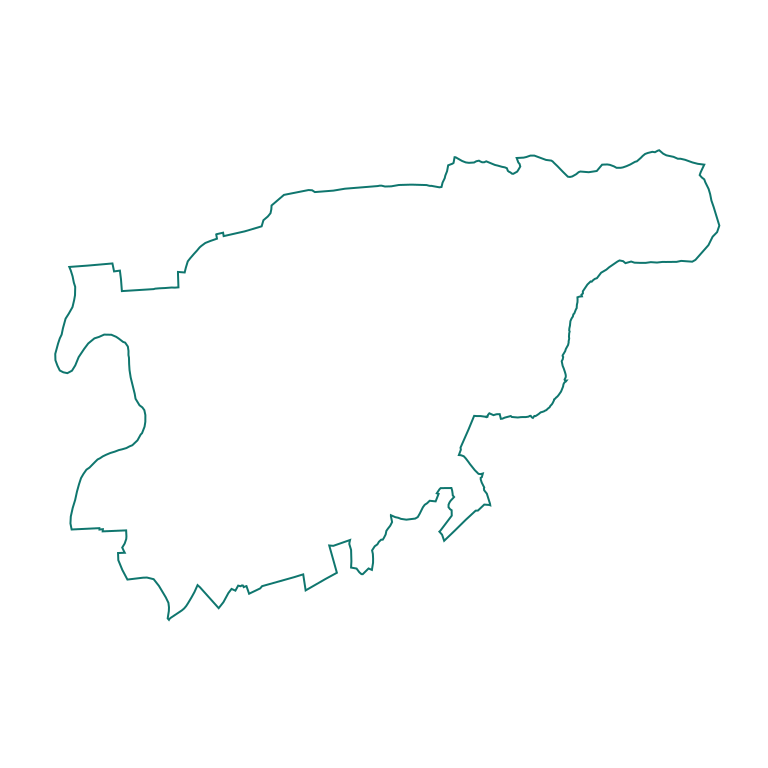 the district of Petru Rares, Bistrita-Nasaud, Romania, rotated 92°
{"feature_id": "2599482B85386243781565", "entity_name": "Petru Rares", "entity_type": "district", "adm_level": 2, "iso_a3": "ROU", "parent_name": "Romania", "parent_adm1": "Bistrita-Nasaud", "projection": "natural_earth1", "projection_center": [24.004, 47.209], "detail": "fine", "context": "isolated", "style": "outline", "palette": "teal", "viewbox_px": 768, "rotation_deg": 92, "n_neighbors": 0, "source": "geoboundaries", "source_scale": "gbopen_adm2", "svg_char_len": 6142}
<svg xmlns="http://www.w3.org/2000/svg" viewBox="0 0 768 768"><g transform="rotate(92 384 384)"><path d="M625.8,592.0L627.2,590.7L626.4,590.3L625.2,589.1L617.3,578.1L615.3,575.9L612.9,574.0L609.9,572.2L604.1,569.0L598.6,566.2L591.5,563.3L593.6,560.8L613.8,541.4L607.7,536.9L598.3,532.2L594.1,529.2L595.7,525.3L590.6,522.7L591.1,520.2L590.3,519.1L590.3,518.0L591.9,517.1L591.2,515.7L590.8,514.4L598.3,511.5L592.6,500.6L590.3,498.8L580.1,466.8L577.5,459.4L577.1,458.1L593.0,455.1L580.8,435.5L574.3,424.5L547.3,433.1L547.5,429.0L541.1,412.5L543.0,412.9L545.1,413.1L551.0,411.1L562.3,410.4L568.6,410.5L569.4,405.0L573.0,402.1L574.8,399.9L574.8,398.6L568.9,393.0L570.2,389.6L563.0,388.7L558.9,388.8L554.2,389.2L550.7,390.1L546.5,387.6L544.5,385.0L541.9,383.6L539.7,381.4L539.6,379.8L537.9,378.8L534.3,377.1L530.7,376.5L528.4,375.0L525.4,372.8L521.7,371.1L515.8,372.5L514.9,372.5L516.7,368.0L517.2,365.1L518.2,362.3L518.8,356.9L517.4,348.1L515.8,345.6L512.4,343.8L505.8,340.8L503.3,339.1L501.7,336.8L499.1,334.3L499.5,328.3L491.9,325.6L491.4,327.4L487.3,324.9L486.1,323.8L485.6,313.0L488.0,312.2L491.2,311.6L492.9,311.4L494.5,310.0L498.3,313.3L500.1,314.4L502.4,315.3L504.9,315.2L506.8,313.6L507.8,312.0L513.2,311.7L528.7,322.6L529.6,323.5L532.6,320.7L538.6,318.4L528.0,308.1L516.9,297.6L507.4,288.0L507.2,285.7L501.0,279.6L501.2,274.5L501.5,273.6L499.9,273.9L490.0,277.4L486.7,280.2L484.8,280.5L484.0,280.2L479.1,282.9L476.1,284.0L474.4,284.1L473.7,283.0L470.0,282.1L470.7,284.3L470.5,286.4L467.0,290.2L460.8,295.5L459.3,296.6L455.5,299.7L453.4,301.8L452.5,304.6L452.4,306.7L447.0,304.9L444.9,305.3L426.4,297.9L412.7,292.8L412.8,290.5L412.7,286.2L413.1,282.2L413.5,280.7L412.9,280.5L413.2,279.5L411.1,278.9L409.6,277.7L411.3,273.5L410.3,270.5L410.1,267.3L414.7,266.0L414.5,264.4L413.4,262.2L411.6,256.2L412.5,255.1L412.8,249.2L412.3,245.8L412.1,241.2L411.6,238.5L410.8,237.2L410.7,236.3L412.1,235.2L412.7,234.0L410.7,232.6L410.8,231.5L409.6,229.7L408.3,228.0L406.9,226.5L406.3,224.6L405.6,222.9L404.8,221.8L404.5,220.9L402.8,219.3L401.5,217.7L400.1,217.0L398.4,215.5L397.0,214.7L394.3,213.5L393.5,213.5L392.6,212.3L391.7,211.7L390.6,210.4L389.1,209.2L385.4,206.8L380.2,204.9L378.9,204.8L377.4,204.4L376.0,203.6L375.2,202.4L374.2,201.7L374.3,202.7L373.9,203.4L373.2,203.7L372.0,203.1L370.7,202.6L369.5,202.6L368.2,202.8L366.0,203.5L362.2,204.9L359.6,206.1L355.0,207.2L353.0,206.2L351.9,206.1L351.2,205.9L350.6,205.9L350.2,206.3L349.2,206.5L344.9,204.1L342.7,203.5L340.5,202.4L338.6,201.4L335.9,200.9L335.0,201.0L332.0,200.5L330.4,200.8L326.9,200.7L325.0,200.3L324.0,200.8L321.9,200.7L319.2,200.2L314.7,199.9L311.9,198.8L310.0,197.6L307.8,197.2L306.9,196.3L302.7,194.8L301.5,194.1L298.1,194.0L295.5,193.5L293.0,193.5L290.6,193.7L289.8,191.6L289.5,189.2L287.9,189.8L286.6,188.4L284.4,188.5L277.5,184.2L274.3,181.1L274.5,180.0L273.0,178.7L271.6,177.0L270.8,174.9L265.2,170.9L261.9,165.7L259.5,163.1L253.5,155.0L252.3,152.9L252.9,149.3L254.8,146.9L253.0,141.3L254.0,137.9L254.0,133.0L253.8,126.6L252.9,121.6L253.1,115.4L252.3,110.1L252.2,106.3L251.7,95.8L250.6,91.3L251.0,80.2L249.1,77.1L233.9,64.6L225.3,60.7L220.6,56.4L214.0,54.4L195.7,60.7L189.2,63.2L182.8,64.7L177.7,66.4L171.2,69.9L168.3,71.1L166.5,73.6L164.2,75.8L161.3,74.9L153.6,71.6L153.0,78.1L151.8,83.5L149.4,91.0L148.5,95.7L148.6,98.3L146.9,102.5L145.6,109.8L144.1,113.0L140.8,117.1L141.2,118.4L142.9,121.3L142.6,123.9L143.9,128.4L145.0,131.1L147.1,133.5L148.9,135.1L152.6,139.0L153.2,140.9L156.0,145.5L157.8,149.2L159.2,152.8L159.7,155.1L159.8,159.2L158.5,161.7L157.1,165.9L156.8,168.5L157.0,171.4L157.2,173.7L163.7,178.8L165.2,186.8L164.8,195.2L165.5,196.9L167.6,199.2L170.0,203.1L170.6,205.4L170.4,207.5L165.7,212.6L160.3,218.2L156.9,222.0L155.7,223.2L154.9,224.6L154.4,229.9L150.5,241.7L150.6,245.6L152.2,249.7L152.9,252.4L153.5,259.3L157.9,257.5L159.3,256.2L161.9,255.4L164.9,257.0L167.1,258.3L169.4,262.1L169.4,263.3L168.1,265.1L167.5,266.5L166.6,267.7L164.1,268.7L163.3,270.7L162.8,273.8L161.8,277.8L161.2,280.8L157.9,289.6L158.9,291.6L159.0,293.6L158.3,295.4L157.5,296.9L158.2,299.6L159.5,301.7L160.0,306.9L159.7,310.0L158.4,313.7L154.9,320.4L154.9,321.4L160.6,322.2L161.4,323.2L163.2,327.5L169.1,328.4L173.6,330.0L176.2,330.5L180.7,332.5L185.1,333.4L185.5,335.5L184.3,343.7L184.4,345.1L184.1,346.7L183.7,348.3L183.8,363.6L184.6,376.1L186.2,383.7L186.6,389.9L185.9,393.2L185.9,395.0L186.4,397.2L190.2,429.9L192.5,441.3L194.6,459.8L192.9,462.6L192.8,466.2L198.5,490.6L209.5,502.6L213.3,502.7L217.3,503.4L220.7,506.0L224.5,510.2L230.7,511.8L236.3,528.5L241.8,549.4L238.4,550.1L240.2,556.8L240.3,556.9L244.6,556.0L247.1,562.5L249.3,567.5L252.4,571.4L253.9,573.0L257.5,575.8L260.4,578.3L265.0,582.0L268.3,584.4L274.7,586.1L279.5,587.1L279.2,593.8L280.1,593.8L294.6,592.8L295.0,596.3L295.0,599.5L295.1,600.6L295.7,605.8L296.2,611.8L296.7,616.0L297.2,617.5L300.3,649.2L288.6,650.5L279.9,651.9L280.9,657.7L273.0,659.6L276.0,684.2L278.0,702.6L281.5,701.0L287.2,699.0L293.5,697.5L297.7,696.0L306.1,695.9L311.0,696.6L318.0,698.0L324.9,701.6L329.8,704.5L339.5,706.8L345.9,707.9L349.7,709.6L354.8,711.1L365.4,713.6L371.7,713.2L377.1,711.0L381.8,708.5L383.5,704.9L384.2,700.8L381.6,696.3L376.2,693.2L367.8,690.1L359.4,684.9L353.8,681.0L348.5,675.0L346.9,670.5L344.4,665.4L344.3,658.2L346.2,653.3L347.9,650.6L351.0,646.3L351.7,644.1L355.5,641.3L359.9,640.5L364.0,640.4L366.6,639.8L373.1,639.4L379.0,638.8L386.3,637.4L402.5,632.8L407.4,631.8L413.8,627.6L415.8,624.7L418.5,622.6L423.4,621.4L430.1,621.2L435.0,621.8L441.6,624.1L443.0,625.4L448.9,628.4L454.0,633.4L455.2,636.1L457.0,639.2L458.4,643.4L459.3,646.7L461.0,650.7L462.5,655.1L464.4,659.2L466.2,662.6L468.1,665.2L469.4,667.6L471.7,669.8L477.8,675.4L480.0,678.4L484.3,681.2L488.6,683.5L494.8,685.3L502.3,687.1L510.6,688.6L518.8,690.8L527.4,692.4L534.3,692.5L540.3,691.1L538.0,663.4L539.4,663.3L538.9,659.9L541.1,660.0L539.3,636.6L545.3,636.1L547.9,636.2L552.5,637.6L556.6,639.9L560.1,638.1L561.7,637.2L562.2,643.9L567.6,643.5L569.3,643.4L579.0,639.0L588.4,633.6L586.0,618.2L585.7,614.2L587.1,607.4L593.6,601.9L604.9,594.6L610.2,591.8L614.7,591.1L618.5,591.1L621.6,591.5L625.8,592.0Z" fill="none" stroke="#0f766e" stroke-width="2"/></g></svg>